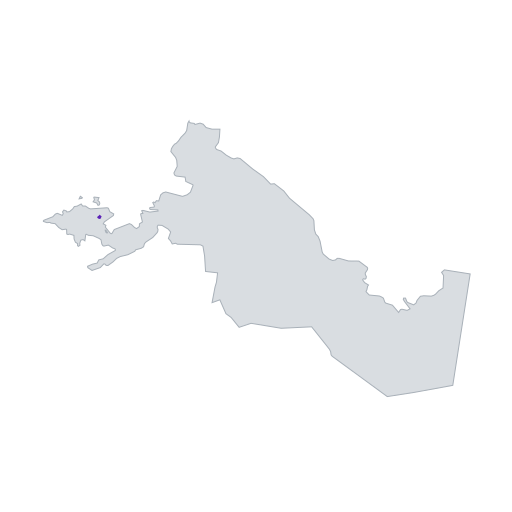 Kokand city, Ferghana, Uzbekistan shown in context, rotated 185°
{"feature_id": "79887680B18672713259949", "entity_name": "Kokand city", "entity_type": "district", "adm_level": 2, "iso_a3": "UZB", "parent_name": "Uzbekistan", "parent_adm1": "Ferghana", "projection": "robinson", "projection_center": [70.933, 40.526], "detail": "fine", "context": "in_parent", "style": "filled", "palette": "violet", "viewbox_px": 512, "rotation_deg": 185, "n_neighbors": 0, "source": "geoboundaries", "source_scale": "gbopen_adm2", "svg_char_len": 3975}
<svg xmlns="http://www.w3.org/2000/svg" viewBox="0 0 512 512"><g transform="rotate(185 256 256)"><path d="M410.1,230.9L418.1,227.3L422.5,229.7L422.9,231.1L418.0,233.7L413.6,235.1L412.3,238.4L408.0,239.9L403.6,244.5L396.7,249.2L396.6,250.1L397.2,250.9L399.5,251.5L404.0,254.0L408.4,252.6L409.4,252.9L410.6,254.4L411.8,258.6L413.7,259.8L420.0,262.0L424.7,262.0L427.1,262.9L427.5,262.5L427.8,256.2L429.7,257.3L431.9,256.5L432.7,253.3L432.3,251.3L433.9,250.1L434.7,250.9L434.8,252.8L437.1,254.0L438.7,257.1L439.2,260.7L443.6,261.6L445.2,261.0L446.4,261.4L447.0,265.9L447.7,266.2L451.4,265.3L455.0,267.2L458.9,270.7L463.2,270.9L464.1,271.5L467.2,271.0L470.8,271.9L470.9,272.5L470.3,273.2L461.8,277.4L459.5,280.3L457.6,281.2L452.5,279.6L451.7,281.4L452.6,283.1L451.4,285.0L448.8,284.3L448.3,283.4L445.7,283.9L442.7,286.9L441.3,289.4L438.5,290.1L434.7,292.6L433.1,290.7L430.3,290.9L426.7,288.9L424.9,288.5L408.5,291.1L407.2,290.7L405.5,287.4L401.4,285.5L401.6,283.9L410.0,276.8L411.0,274.7L408.2,273.5L408.6,271.6L403.2,266.0L402.2,265.6L401.5,265.8L399.5,270.0L384.9,277.2L382.8,276.5L379.5,273.8L377.4,272.9L374.8,275.1L374.9,277.9L372.1,280.0L374.5,287.3L374.3,288.2L372.4,288.5L373.8,291.2L372.6,291.6L365.6,290.5L357.5,292.2L357.8,293.4L365.0,293.1L366.0,293.6L366.1,294.6L365.7,295.1L361.9,295.8L361.5,296.9L363.5,300.2L362.5,300.9L361.2,300.3L360.1,302.4L357.7,302.3L356.3,308.6L354.2,310.8L351.5,311.9L334.4,309.0L329.9,311.0L326.9,313.8L324.9,320.7L325.1,321.5L332.4,324.1L333.5,328.4L342.4,328.7L343.9,329.4L344.6,330.4L345.0,331.6L342.3,338.4L343.3,344.4L344.7,347.2L349.9,352.6L349.6,355.5L348.4,358.1L346.9,360.3L345.3,361.3L343.1,364.1L341.1,367.7L337.3,372.3L336.0,374.9L335.5,382.4L334.5,384.6L334.3,383.8L333.0,382.9L329.1,382.7L328.3,381.7L323.3,383.5L320.1,382.7L316.9,379.6L310.8,378.5L303.0,379.2L302.8,371.4L303.3,365.7L306.0,361.2L305.9,360.3L304.6,358.7L299.9,357.5L294.5,353.9L289.4,351.5L286.5,350.8L283.2,352.1L280.3,351.7L266.9,342.4L255.5,335.7L247.7,328.9L244.0,329.6L234.0,323.2L227.7,316.5L206.5,301.7L202.4,298.1L201.4,296.2L200.1,287.1L198.3,283.0L195.7,280.7L193.5,276.4L190.4,265.7L189.2,263.8L182.9,259.3L179.2,258.2L176.5,259.0L174.9,260.7L172.8,260.9L163.4,259.1L153.1,259.9L144.2,254.4L143.7,253.6L143.8,252.1L145.7,248.5L145.4,246.9L144.3,245.2L144.4,243.4L145.3,242.4L146.9,242.7L147.6,242.1L147.4,241.1L145.4,238.9L141.4,236.9L142.2,235.5L142.6,232.0L143.3,230.2L142.8,229.6L139.8,227.0L129.6,226.9L127.3,226.1L125.4,225.1L123.7,221.3L122.7,220.4L115.8,218.9L109.0,212.2L107.4,215.2L106.0,215.7L100.7,215.0L97.9,216.8L104.1,223.6L105.5,225.6L105.3,226.9L103.4,227.1L101.8,223.8L100.8,222.9L94.6,221.1L92.4,223.2L91.7,225.8L88.7,230.2L85.4,231.0L77.8,231.3L75.5,232.3L73.9,233.5L70.8,237.4L66.9,240.4L67.4,252.9L69.7,255.9L67.1,258.6L41.1,256.8L48.7,144.3L86.2,134.0L113.0,127.4L171.3,162.7L172.6,164.1L173.3,167.2L174.8,169.6L194.4,190.3L224.6,186.2L255.1,188.5L266.6,183.5L275.4,192.6L280.9,195.9L288.2,209.2L295.7,205.7L294.1,221.6L293.1,226.4L292.8,235.9L304.9,236.2L307.2,251.5L309.7,261.2L312.3,262.3L335.4,260.9L337.2,261.7L340.5,260.7L342.5,263.7L344.8,265.8L343.1,272.5L345.9,275.2L352.3,278.3L356.2,278.2L356.9,277.1L356.8,275.5L355.9,273.9L356.0,271.9L356.6,270.5L360.5,265.4L366.8,260.4L368.2,258.6L368.8,255.4L371.0,253.7L376.4,251.7L377.2,250.1L383.8,246.1L391.2,243.6L394.6,241.5L397.9,237.7L402.7,233.6L404.5,233.6L405.8,234.8L406.9,234.9L410.1,230.9ZM408.5,268.6L407.7,266.6L406.5,265.9L405.9,266.2L407.8,268.7L408.5,268.6ZM422.4,300.6L417.5,300.5L418.4,297.5L416.6,296.1L416.2,294.6L416.6,293.2L417.8,292.7L419.3,294.9L423.0,295.8L421.8,297.9L422.7,300.2L422.4,300.6ZM437.2,297.5L436.2,300.2L434.1,299.0L434.4,298.3L437.2,297.5Z" fill="#d9dde1" stroke="#a8b0b8" stroke-width="1"/><path d="M416.5,281.3L416.7,280.7L416.3,280.5L416.0,279.9L416.0,280.0L415.3,280.0L414.5,280.4L414.6,280.8L414.3,281.3L414.1,281.6L415.2,282.5L415.7,281.7L416.1,281.6L416.5,281.3Z" fill="#8b5cf6" stroke="#5b21b6" stroke-width="1.5"/></g></svg>